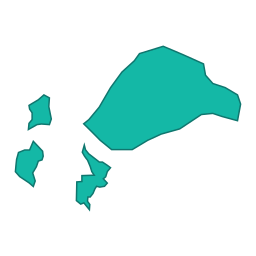 Mokpo-si, South Jeolla, South Korea (Mercator projection)
{"feature_id": "91817680B26607970527366", "entity_name": "Mokpo-si", "entity_type": "district", "adm_level": 2, "iso_a3": "KOR", "parent_name": "South Korea", "parent_adm1": "South Jeolla", "projection": "mercator", "projection_center": [126.362, 34.795], "detail": "fine", "context": "isolated", "style": "filled", "palette": "teal", "viewbox_px": 256, "rotation_deg": 0, "n_neighbors": 0, "source": "geoboundaries", "source_scale": "gbopen_adm2", "svg_char_len": 1229}
<svg xmlns="http://www.w3.org/2000/svg" viewBox="0 0 256 256"><path d="M163.2,46.3L139.5,53.6L134.3,60.8L121.9,72.1L110.6,87.6L99.2,107.2L88.9,119.6L83.7,123.8L92.0,132.0L100.2,140.3L111.6,149.6L132.2,149.6L147.7,140.3L161.1,134.1L179.7,128.9L201.4,114.5L212.8,113.4L222.1,116.5L237.5,120.7L240.6,104.1L237.5,94.9L225.2,87.6L212.8,83.5L205.5,75.2L203.5,63.9L182.8,54.6L163.2,46.3ZM95.8,159.3L88.7,153.8L85.5,149.8L84.3,145.1L82.3,152.2L84.3,155.8L85.9,158.1L87.5,160.1L88.7,162.9L90.2,166.5L91.8,171.6L94.2,175.2L81.9,175.6L81.9,181.5L76.8,181.9L76.4,200.6L80.7,204.1L83.9,202.9L89.4,209.7L89.8,204.5L87.5,201.3L87.9,197.0L90.2,197.0L93.0,193.4L95.0,188.7L96.6,186.3L99.8,187.1L104.5,186.3L107.3,183.1L103.3,178.8L105.7,176.8L107.3,171.6L110.5,167.7L107.3,165.3L102.5,162.1L99.4,162.1L95.8,159.3ZM35.2,181.0L32.7,172.9L36.4,166.7L38.3,161.1L42.0,159.9L43.2,156.2L42.6,151.2L33.3,141.3L29.6,150.0L24.7,150.0L18.5,152.5L16.6,159.3L16.0,164.9L15.4,171.7L19.7,176.6L29.0,182.8L33.3,186.5L35.2,181.0ZM51.3,119.0L48.8,106.6L49.4,97.9L43.9,94.9L38.3,99.8L32.1,103.5L29.0,105.4L29.6,109.1L32.1,112.8L32.1,119.6L29.0,123.3L28.4,129.5L37.0,124.6L41.4,124.0L49.4,124.6L51.3,119.0Z" fill="#14b8a6" stroke="#0f766e" stroke-width="1.5"/></svg>